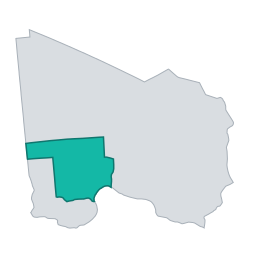 Libya, with Ajdabiya highlighted, rotated 176°
{"feature_id": "LBY-2983", "entity_name": "Ajdabiya", "entity_type": "Municipality", "adm_level": 1, "iso_a3": "LBY", "parent_name": "Libya", "parent_adm1": "", "projection": "orthographic", "projection_center": [21.402, 29.135], "detail": "fine", "context": "in_parent", "style": "filled", "palette": "teal", "viewbox_px": 256, "rotation_deg": 176, "n_neighbors": 0, "source": "natural_earth", "source_scale": "10m", "svg_char_len": 4087}
<svg xmlns="http://www.w3.org/2000/svg" viewBox="0 0 256 256"><g transform="rotate(176 128 128)"><path d="M29.7,64.8L31.3,64.2L33.5,63.5L34.7,63.0L35.2,62.4L37.1,60.3L38.1,59.1L39.4,57.4L40.0,56.3L40.1,55.1L40.1,53.7L39.5,50.4L39.1,47.1L39.8,46.0L40.3,45.4L41.5,44.0L41.9,43.7L44.1,43.5L45.0,42.6L45.8,41.4L46.0,40.7L47.0,40.1L48.2,39.6L49.0,38.7L51.4,37.6L53.5,36.5L56.0,35.4L58.0,34.5L58.4,33.6L58.5,32.9L57.6,31.0L57.8,28.9L58.1,27.2L58.3,26.2L59.0,23.4L59.0,23.0L60.8,24.1L62.7,24.7L68.2,28.6L70.0,29.2L74.1,29.9L79.0,28.9L80.8,28.7L83.9,30.3L85.3,30.8L87.6,31.0L91.5,32.5L92.5,33.0L94.8,35.1L95.8,35.8L104.1,38.0L105.2,39.3L106.2,41.6L106.1,44.4L106.6,46.5L107.5,49.2L108.7,51.2L110.0,52.8L111.6,53.9L115.2,55.5L119.4,56.3L123.6,56.6L130.9,58.9L137.0,61.4L138.5,62.6L141.5,63.8L147.6,69.4L151.0,71.4L153.4,71.8L155.6,71.5L159.5,69.7L161.1,68.6L165.1,63.9L166.4,61.5L166.9,59.8L166.8,58.0L166.3,56.4L165.3,54.7L164.6,52.5L164.2,48.6L164.8,45.9L165.6,44.3L166.7,42.6L169.9,39.5L173.1,37.2L178.7,34.3L182.0,34.3L183.3,34.0L186.0,31.9L187.1,31.8L188.6,32.3L193.0,32.2L194.9,32.7L197.2,34.0L200.1,34.8L202.2,35.5L204.4,36.5L205.0,39.1L204.7,39.9L204.7,40.9L207.0,42.6L213.5,43.3L214.8,43.7L216.6,45.1L217.8,45.4L222.3,45.5L224.9,45.2L227.4,45.6L228.3,46.0L229.3,47.0L230.5,49.6L231.0,50.4L230.5,50.8L229.9,51.8L229.4,52.6L228.3,53.9L227.3,55.3L227.5,57.4L227.8,59.4L228.5,61.4L229.2,63.7L229.1,65.2L228.6,67.0L228.1,68.5L226.2,71.7L225.9,72.4L226.1,73.5L227.4,77.1L227.5,78.3L228.3,81.9L229.1,84.8L229.9,87.0L230.0,87.7L230.1,91.0L230.2,94.4L230.3,97.8L230.4,101.2L230.5,104.5L230.6,107.9L230.7,111.3L230.8,114.7L230.9,118.0L231.0,121.4L231.1,124.8L231.2,128.2L231.3,131.5L231.4,134.9L231.5,138.3L231.6,141.6L231.6,145.0L231.7,148.4L231.8,151.8L231.9,155.1L232.0,158.5L232.1,161.9L232.2,165.2L232.3,168.6L232.3,171.9L232.4,175.3L232.5,178.7L232.6,182.0L232.7,185.4L232.8,188.7L232.8,192.1L232.9,195.4L233.1,202.9L233.3,210.3L233.4,217.7L233.6,225.1L233.4,225.2L229.9,225.3L226.4,225.4L223.0,225.5L219.5,225.6L219.5,227.4L219.5,229.3L219.6,231.1L219.6,233.0L212.8,229.6L205.9,226.2L199.1,222.8L192.4,219.3L185.6,215.8L178.9,212.3L172.2,208.7L165.5,205.2L158.8,201.5L152.1,197.9L145.5,194.2L138.9,190.5L132.4,186.8L125.8,183.0L119.3,179.3L112.8,175.5L108.4,172.8L103.4,175.0L99.4,176.6L94.3,178.8L88.3,181.7L83.7,183.9L83.3,183.8L78.9,179.3L75.4,175.8L73.8,174.8L67.1,172.7L60.5,170.5L53.5,168.2L52.4,165.5L51.1,162.4L49.4,158.6L48.4,156.2L48.1,155.8L42.8,153.6L37.2,151.3L33.8,152.1L33.3,151.9L32.4,151.2L31.5,150.2L31.1,148.8L29.9,147.0L29.0,143.0L29.2,139.9L29.0,138.8L26.5,134.1L24.2,129.9L22.7,127.0L22.4,125.8L22.8,124.3L23.6,123.1L26.3,121.8L28.7,120.3L29.2,119.2L29.6,115.9L28.9,114.9L28.6,112.9L28.3,110.2L28.3,108.5L29.7,105.3L31.2,101.9L30.8,98.0L31.0,90.2L31.9,84.2L31.8,81.9L31.7,81.0L31.3,78.0L30.6,74.9L30.3,73.9L29.4,71.4L27.7,68.2L26.8,66.3L28.4,65.5L29.7,64.8Z" fill="#d9dde1" stroke="#a8b0b8" stroke-width="1"/><path d="M230.5,104.0L230.5,105.1L230.7,110.4L230.7,111.0L230.8,113.3L230.9,118.4L231.0,119.7L226.3,120.0L221.3,120.2L213.5,120.5L205.7,120.8L197.8,120.9L190.0,121.1L182.0,121.0L173.9,120.8L168.1,120.8L162.2,120.8L157.7,120.8L153.1,120.7L153.5,100.6L151.3,100.4L147.5,99.2L144.7,98.1L144.8,92.5L145.1,88.2L146.0,85.1L147.7,82.9L148.2,80.7L148.0,78.2L148.2,75.7L148.7,72.7L149.0,70.0L150.9,71.3L151.4,71.6L152.6,71.8L153.7,71.8L154.9,71.7L155.6,71.5L156.2,71.3L157.3,70.8L158.8,69.9L159.0,69.8L159.6,69.7L159.9,69.5L161.6,68.2L163.8,65.7L164.4,64.7L164.7,64.2L165.2,63.9L165.4,63.6L166.2,61.9L166.9,60.2L166.9,59.6L166.9,57.7L167.0,57.5L166.9,57.4L166.7,57.1L167.4,57.0L168.8,57.5L169.4,58.3L170.3,59.6L171.7,60.6L172.6,60.9L174.5,60.8L177.0,60.3L182.0,60.5L183.0,60.5L186.3,60.4L187.1,60.0L188.1,59.6L190.4,59.4L192.2,59.2L194.1,58.8L195.1,59.7L196.6,61.1L197.4,62.6L198.8,63.5L199.7,63.7L201.0,64.0L202.2,64.0L203.3,63.9L203.6,64.0L203.9,64.1L204.2,64.2L204.4,64.3L204.6,74.2L204.7,84.1L204.9,94.0L205.1,103.9L211.3,103.9L217.6,104.0L223.9,104.0L230.2,103.9L230.4,103.9L230.5,104.0L230.5,104.0Z" fill="#14b8a6" stroke="#0f766e" stroke-width="1.5"/></g></svg>